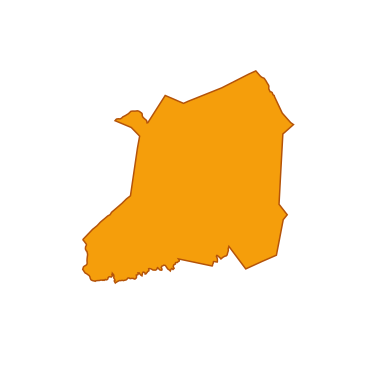 the district of Santiago Ixcuintepec, Oaxaca, Mexico, rotated 132°
{"feature_id": "50627088B58864234392064", "entity_name": "Santiago Ixcuintepec", "entity_type": "district", "adm_level": 2, "iso_a3": "MEX", "parent_name": "Mexico", "parent_adm1": "Oaxaca", "projection": "orthographic", "projection_center": [-95.545, 16.928], "detail": "fine", "context": "isolated", "style": "filled", "palette": "amber", "viewbox_px": 384, "rotation_deg": 132, "n_neighbors": 0, "source": "geoboundaries", "source_scale": "gbopen_adm2", "svg_char_len": 3813}
<svg xmlns="http://www.w3.org/2000/svg" viewBox="0 0 384 384"><g transform="rotate(132 192 192)"><path d="M265.2,155.3L263.6,155.9L262.3,155.8L262.3,154.3L260.7,154.2L260.1,155.9L259.3,156.4L258.4,156.8L257.8,156.6L257.2,156.3L256.5,156.2L256.1,156.7L255.4,156.9L254.7,156.3L254.3,155.8L253.2,155.7L251.8,155.3L251.1,155.9L250.8,157.3L233.5,127.5L233.1,127.5L232.6,127.8L231.8,128.3L230.7,128.6L229.9,129.2L229.3,129.4L229.0,129.2L227.2,126.4L226.7,126.6L225.9,127.3L224.8,128.3L224.0,129.6L223.6,130.7L222.7,131.2L222.2,130.6L222.2,129.2L222.2,126.6L222.4,125.7L220.9,125.5L219.7,125.3L217.9,124.7L216.5,123.8L215.3,123.8L214.3,124.3L213.6,124.7L212.3,125.3L211.2,125.8L210.6,126.4L210.0,127.1L209.3,127.4L208.4,127.9L207.7,128.2L213.2,100.6L196.8,93.5L182.5,87.0L175.2,91.4L174.0,92.1L159.8,100.7L151.5,105.7L145.2,106.0L142.9,119.1L119.9,137.7L88.1,163.3L74.0,161.7L74.4,165.1L73.0,177.7L66.0,194.4L65.3,195.5L65.5,196.9L64.5,198.9L64.6,200.0L64.9,200.6L65.2,201.0L64.7,202.2L64.1,203.8L62.8,205.0L61.9,205.7L61.4,206.6L60.7,209.1L59.8,211.8L59.6,212.9L59.2,214.3L59.5,215.3L60.1,217.1L60.1,219.3L59.3,225.6L66.1,228.6L94.7,239.6L127.2,255.6L131.8,257.6L138.2,276.5L170.0,271.2L170.7,271.6L170.0,272.7L169.4,273.3L169.2,274.0L169.3,275.0L169.3,276.2L169.3,277.6L169.2,278.7L168.6,280.0L167.8,280.8L167.3,281.3L167.3,281.5L167.0,282.4L167.2,283.1L167.2,283.9L167.5,285.6L168.2,286.9L169.5,288.0L170.6,289.1L171.4,290.1L172.9,291.4L174.4,291.5L175.8,291.6L176.9,291.8L178.5,292.3L179.7,292.6L181.2,293.2L182.5,293.7L183.7,293.7L185.3,294.1L186.3,294.9L186.9,295.8L188.3,296.9L189.1,297.0L190.5,296.9L189.9,295.2L184.7,280.3L185.5,268.3L195.9,261.9L205.2,255.7L236.0,235.2L241.0,236.1L246.2,236.4L246.9,236.4L260.9,238.2L263.7,237.7L266.2,238.6L275.6,239.9L280.6,240.0L281.3,240.1L286.3,240.9L300.1,241.3L300.6,240.7L300.8,238.9L301.1,237.7L301.5,235.5L302.5,234.7L303.6,234.6L304.4,234.1L305.2,233.5L305.8,232.9L306.0,232.2L306.3,231.7L306.5,231.1L306.4,230.4L307.7,228.5L308.6,227.5L309.7,226.8L311.4,225.6L312.3,224.9L313.5,223.9L314.5,222.8L315.1,222.3L315.6,221.9L316.9,221.7L318.0,222.0L319.2,222.4L320.4,222.5L321.6,221.9L322.6,221.5L323.2,219.2L323.4,218.5L323.7,217.0L323.3,216.0L323.2,214.6L322.9,212.5L323.4,211.1L324.3,209.7L324.8,208.5L324.8,208.3L324.7,207.6L324.3,206.4L323.3,204.7L323.1,204.2L322.7,204.2L321.5,203.4L320.6,202.5L319.6,201.5L318.7,201.0L317.5,199.7L317.4,199.3L317.0,199.2L316.7,199.0L316.7,198.6L316.5,198.2L316.1,198.1L315.4,198.1L315.0,197.9L315.0,197.4L314.9,197.1L314.3,196.7L313.8,196.4L312.8,196.4L311.9,197.0L311.0,197.0L310.3,196.8L309.8,196.1L309.1,195.0L308.7,195.0L308.3,195.2L307.7,195.0L307.3,195.1L306.8,196.4L306.2,196.4L305.8,196.7L305.9,196.2L305.8,195.3L306.1,194.6L307.0,193.5L307.7,193.1L308.4,192.2L308.5,191.7L308.7,191.0L309.3,190.1L310.1,190.3L310.5,189.5L310.7,188.9L310.7,188.5L310.9,188.1L310.3,188.0L309.3,187.7L308.5,187.5L306.9,186.9L306.3,186.6L305.9,186.0L305.0,185.3L304.0,184.3L303.7,183.6L303.1,183.3L301.5,182.2L300.9,182.0L299.8,182.0L298.6,182.0L297.8,180.8L297.8,180.0L296.6,179.1L295.4,177.7L295.4,176.8L294.8,176.1L293.3,175.9L292.3,176.3L291.6,177.1L291.0,177.8L290.1,177.1L289.5,176.9L288.9,177.2L288.2,178.0L287.4,176.9L287.8,176.4L288.0,174.4L287.8,173.1L286.7,173.7L285.4,174.5L284.2,174.7L283.7,174.0L283.7,172.8L284.3,171.9L283.4,171.4L282.7,171.6L281.8,171.5L280.7,171.7L279.4,171.3L278.8,171.8L278.0,172.9L277.5,172.6L276.9,171.7L276.4,170.5L276.3,169.8L276.1,168.8L275.2,167.7L274.4,166.8L273.6,166.5L272.8,166.5L272.0,166.9L271.3,167.0L271.2,166.2L271.4,165.3L271.3,164.3L271.4,163.5L270.4,162.2L269.8,162.3L268.9,163.5L268.7,164.4L267.3,164.8L266.4,164.3L265.2,164.0L264.5,162.8L264.6,161.8L264.9,160.8L265.1,160.0L265.4,158.6L265.4,157.8L265.1,156.9L265.2,155.3Z" fill="#f59e0b" stroke="#b45309" stroke-width="1.5"/></g></svg>